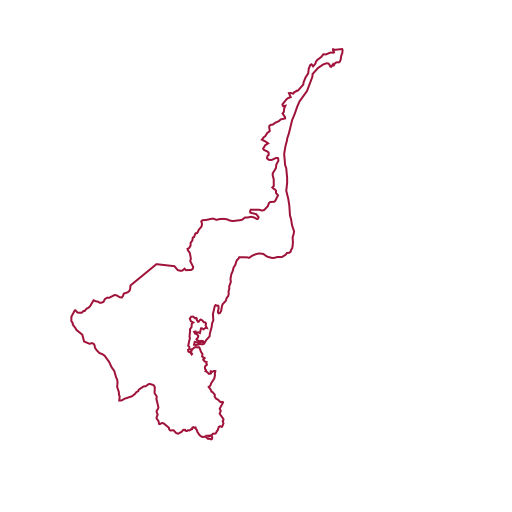 the district of Golfito, Puntarenas, Costa Rica, rotated 231°
{"feature_id": "36466004B12763689767454", "entity_name": "Golfito", "entity_type": "district", "adm_level": 2, "iso_a3": "CRI", "parent_name": "Costa Rica", "parent_adm1": "Puntarenas", "projection": "mercator", "projection_center": [-83.1, 8.423], "detail": "fine", "context": "isolated", "style": "outline", "palette": "rose", "viewbox_px": 512, "rotation_deg": 231, "n_neighbors": 0, "source": "geoboundaries", "source_scale": "gbopen_adm2", "svg_char_len": 6076}
<svg xmlns="http://www.w3.org/2000/svg" viewBox="0 0 512 512"><g transform="rotate(231 256 256)"><path d="M144.2,103.6L143.1,105.0L141.8,105.6L141.6,106.8L142.8,108.0L144.5,108.2L145.6,105.7L146.7,105.4L145.2,107.5L144.7,109.4L145.0,110.6L143.6,112.7L143.6,113.7L144.4,115.0L144.7,116.6L146.5,119.4L146.3,121.0L144.7,121.9L144.9,122.7L146.4,125.4L148.7,126.2L149.0,127.4L149.8,128.1L156.3,128.5L157.8,131.1L160.2,131.7L162.9,138.2L163.6,138.3L164.9,136.4L168.1,136.1L170.2,135.2L172.6,135.3L174.2,136.7L177.6,136.6L178.6,136.0L180.7,136.7L184.0,136.8L183.9,138.2L184.5,139.9L185.3,141.0L186.9,146.2L188.8,148.7L190.6,150.1L192.2,152.0L193.2,150.8L193.5,148.9L194.9,148.5L194.8,148.0L193.1,147.0L193.9,145.3L197.6,144.8L198.2,144.3L198.7,145.3L200.2,145.3L201.8,146.3L202.3,147.2L202.4,149.5L203.8,149.8L204.7,150.9L206.5,149.7L208.6,149.7L208.9,151.8L210.0,151.5L210.0,151.1L211.8,150.9L213.5,152.7L216.0,152.9L220.5,154.4L221.0,154.3L221.8,153.0L223.3,151.6L223.7,150.5L223.6,148.5L224.2,146.7L222.9,146.5L223.0,144.9L220.1,144.7L220.0,144.1L222.4,144.3L224.1,143.3L224.6,143.4L225.8,144.1L225.6,145.8L227.3,146.9L229.0,146.9L234.0,153.2L235.1,153.5L239.2,157.6L240.7,158.6L241.2,161.0L243.8,163.5L243.8,165.4L246.2,164.4L248.9,165.0L249.6,167.3L248.5,169.0L246.2,169.4L245.4,170.7L244.6,170.6L244.1,169.8L241.3,169.5L241.0,170.4L241.5,171.7L241.4,173.1L239.7,173.7L237.3,173.8L236.2,174.8L235.0,174.7L233.8,173.2L231.1,172.5L231.8,172.1L232.1,169.0L233.8,168.5L234.4,167.7L231.4,163.9L233.2,163.0L233.4,162.0L234.4,161.4L235.4,161.6L236.0,160.2L234.0,159.8L232.9,160.8L230.2,160.9L229.2,159.6L228.8,157.3L227.8,157.2L225.4,158.5L224.1,160.6L223.0,161.3L222.1,161.2L222.1,160.7L223.5,159.7L224.3,158.5L223.9,157.4L227.8,154.3L226.0,152.0L224.5,153.4L222.6,157.3L221.1,158.7L220.5,160.4L221.9,164.1L222.8,169.4L224.8,171.4L228.7,176.8L231.3,179.5L232.8,182.3L238.0,186.0L243.0,192.4L243.3,193.7L242.1,194.2L241.5,195.2L240.7,195.3L238.7,193.9L236.8,191.4L235.9,190.9L234.9,190.9L234.4,192.0L235.1,194.1L238.7,198.3L239.6,200.0L240.1,204.1L241.9,207.0L242.4,209.3L243.8,211.0L245.8,212.4L247.4,214.7L249.1,215.9L251.7,220.1L254.3,221.8L257.4,225.4L258.8,228.2L261.0,231.1L262.2,234.5L264.0,237.0L264.8,238.8L264.9,240.5L265.6,242.2L260.6,248.2L258.9,249.5L258.6,253.3L257.5,257.1L255.9,260.2L253.0,263.0L250.1,263.7L248.1,264.5L244.7,267.0L243.3,268.5L241.7,272.1L238.9,275.4L238.3,279.9L238.9,281.9L237.7,283.6L237.5,285.6L238.6,287.0L239.4,289.2L240.2,290.2L243.6,293.5L247.6,296.3L249.0,298.6L251.2,301.1L257.1,303.3L262.7,306.5L266.1,307.9L273.9,313.4L280.0,317.0L287.7,320.6L293.3,326.3L297.2,329.4L305.1,334.7L308.4,335.9L317.6,342.1L322.9,348.1L326.6,353.2L327.8,354.3L330.2,358.2L338.8,369.5L342.3,375.9L346.3,382.3L348.8,387.2L352.1,399.4L359.8,412.6L361.8,414.5L363.1,422.5L362.6,428.7L361.4,432.0L360.2,433.3L358.7,433.5L356.3,433.0L355.7,433.4L356.5,436.3L355.4,435.9L355.1,436.4L356.0,438.2L355.9,440.4L354.3,442.3L354.3,443.6L355.6,445.7L358.1,448.4L359.4,450.8L361.6,452.9L362.6,453.2L366.7,446.9L368.2,446.1L367.8,445.5L365.2,444.9L365.1,444.4L367.3,441.8L368.6,437.3L370.4,435.2L369.6,432.0L369.8,427.0L369.2,424.6L368.1,423.2L367.4,419.7L370.0,419.8L370.3,418.4L368.4,414.9L365.1,411.5L363.7,407.1L361.0,402.2L359.5,400.7L358.2,393.1L358.2,392.4L358.9,391.6L358.7,390.3L359.3,389.0L358.7,387.2L361.0,385.4L361.8,384.1L357.6,382.9L358.5,380.5L358.6,378.4L357.3,372.3L356.9,371.7L355.3,371.4L354.3,373.4L352.9,370.7L350.5,368.4L350.0,366.3L345.8,366.0L344.6,365.2L346.6,361.2L346.4,358.7L347.4,355.2L347.6,351.6L348.6,350.0L348.8,348.5L348.1,347.5L344.4,345.3L344.5,342.0L343.3,338.7L343.4,336.8L342.7,333.8L339.0,335.4L335.9,336.3L336.3,332.9L334.9,329.0L333.3,329.0L330.3,330.5L328.5,330.9L326.6,329.6L326.6,328.1L325.2,326.1L324.1,326.1L322.4,326.7L320.8,328.6L319.6,333.2L318.9,334.2L318.0,334.7L316.0,333.4L314.2,329.2L311.8,326.9L309.7,321.0L308.0,319.6L304.7,318.2L299.2,313.9L299.0,311.8L297.6,311.9L295.8,312.6L294.0,312.6L292.5,311.2L289.3,311.3L286.7,305.5L286.8,304.1L289.0,301.0L289.0,299.3L287.3,296.6L286.6,291.4L287.4,289.4L290.0,287.5L295.3,281.0L294.2,279.2L293.2,278.9L288.4,282.5L284.6,282.5L283.8,281.2L283.8,280.4L284.3,279.9L286.8,279.0L289.5,276.9L291.4,273.4L292.8,271.8L292.9,268.4L293.4,266.9L297.8,259.9L300.4,257.7L302.6,256.7L304.9,254.6L307.4,251.3L309.0,248.0L311.8,246.4L312.5,245.6L315.4,239.9L317.5,236.9L317.3,235.2L314.9,234.3L313.2,232.2L312.4,228.0L311.0,225.3L310.9,224.4L311.6,223.7L311.6,223.0L309.7,219.8L310.1,218.5L308.1,216.3L307.4,213.5L305.1,211.5L304.3,209.0L304.6,207.2L303.0,206.6L300.6,206.6L299.4,206.2L294.8,203.6L293.5,201.7L287.0,200.3L285.9,198.9L285.8,197.1L289.1,192.6L291.1,192.5L291.0,189.7L291.9,188.1L294.3,186.3L299.4,186.2L312.3,173.5L312.1,139.9L309.4,137.3L308.5,135.4L308.5,133.5L310.0,129.5L308.7,127.6L308.2,125.6L309.6,124.2L313.1,122.9L314.7,121.5L315.9,115.7L317.3,114.0L317.6,111.5L316.3,108.5L317.1,106.2L318.2,105.0L320.0,104.5L321.3,103.2L323.8,101.9L321.4,95.5L321.2,93.2L321.7,91.2L321.1,88.2L321.8,87.5L321.6,84.8L323.8,82.1L325.0,81.6L327.4,81.5L327.8,81.0L325.0,74.3L321.7,71.6L319.1,71.3L317.9,70.4L313.3,70.3L311.6,69.9L304.2,71.5L297.8,68.6L292.5,71.4L291.6,73.6L289.9,74.6L288.0,74.3L286.1,73.1L283.1,72.9L279.3,73.2L276.2,74.9L273.8,75.6L266.1,75.2L260.6,73.8L255.8,73.5L250.0,71.0L247.3,70.3L245.0,68.9L241.6,65.7L236.6,63.8L234.4,62.2L232.7,61.7L229.7,58.8L228.3,60.7L227.8,64.1L225.0,71.4L225.0,75.4L225.5,77.2L225.1,79.4L225.9,80.8L225.4,86.6L224.2,88.2L224.0,91.9L223.6,92.8L220.7,94.8L219.4,95.2L217.6,94.7L213.7,91.2L212.8,90.8L209.7,90.5L208.6,89.9L207.7,88.7L199.8,84.9L198.9,83.6L198.1,81.3L196.9,80.4L194.8,79.9L192.9,76.9L191.9,76.4L189.3,76.4L186.3,75.0L185.9,75.4L185.4,77.8L184.1,78.9L177.4,80.2L176.1,79.5L174.3,79.6L172.4,82.3L168.6,82.5L166.9,83.7L166.2,87.3L166.6,90.1L165.5,91.5L164.7,91.2L163.5,92.0L163.4,93.5L162.5,94.3L162.0,95.6L162.3,96.4L161.7,97.4L162.7,98.5L162.3,99.8L161.4,99.9L160.8,101.1L159.5,100.5L157.8,100.5L156.5,99.8L152.1,99.4L149.7,100.1L148.6,101.0L147.6,103.0L144.2,103.6Z" fill="none" stroke="#9f1239" stroke-width="2"/></g></svg>